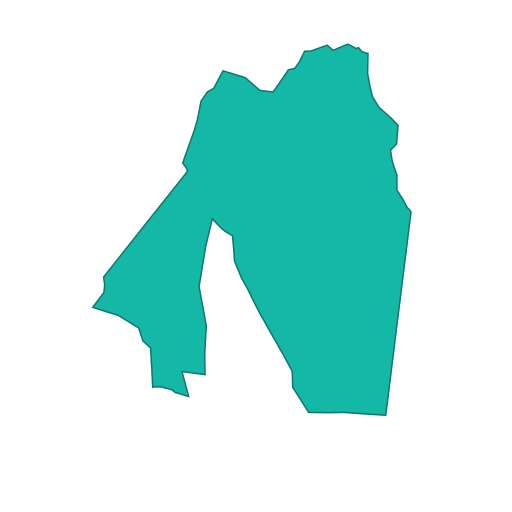 Teotitlán del Valle, Oaxaca, Mexico, rotated 345°
{"feature_id": "50627088B43819232792449", "entity_name": "Teotitlán del Valle", "entity_type": "district", "adm_level": 2, "iso_a3": "MEX", "parent_name": "Mexico", "parent_adm1": "Oaxaca", "projection": "robinson", "projection_center": [-96.539, 17.051], "detail": "fine", "context": "isolated", "style": "filled", "palette": "teal", "viewbox_px": 512, "rotation_deg": 345, "n_neighbors": 0, "source": "geoboundaries", "source_scale": "gbopen_adm2", "svg_char_len": 2257}
<svg xmlns="http://www.w3.org/2000/svg" viewBox="0 0 512 512"><g transform="rotate(345 256 256)"><path d="M416.6,89.3L415.0,88.5L411.2,86.0L409.0,81.3L406.5,81.5L399.4,75.1L383.7,77.3L379.3,70.8L361.9,72.2L356.0,70.8L351.6,75.8L348.0,79.8L342.3,84.6L341.5,84.8L335.4,84.6L324.9,93.7L314.9,102.0L302.6,97.1L291.7,80.9L272.1,68.6L258.5,83.1L251.4,85.0L243.0,92.2L234.7,109.1L229.1,118.4L209.3,147.1L211.7,153.8L211.9,156.4L181.9,178.6L161.7,193.5L149.3,202.7L124.6,221.1L107.9,233.5L103.4,236.8L102.3,245.1L99.5,252.0L85.0,263.3L96.0,270.4L107.9,278.0L124.0,295.1L124.8,308.8L130.4,317.6L128.6,326.1L127.2,332.6L125.9,339.5L125.7,340.2L125.6,340.6L125.5,341.2L125.3,341.8L125.2,342.2L125.2,342.6L125.0,343.3L124.9,343.8L124.8,344.4L124.6,345.0L124.5,345.6L124.4,346.3L124.3,346.9L124.2,347.3L124.1,347.6L122.1,356.8L122.4,356.3L123.3,355.6L123.6,355.9L124.5,356.3L125.2,356.6L125.9,356.8L126.6,356.9L127.2,357.0L127.7,357.0L128.1,357.2L128.5,357.3L129.0,357.3L129.4,357.5L130.2,357.9L131.3,358.3L132.7,359.1L133.5,359.7L133.9,360.1L134.6,360.5L135.2,360.8L136.8,361.4L138.3,362.3L139.3,362.9L140.4,363.8L141.0,364.6L141.4,365.1L142.1,366.0L142.5,366.8L142.9,367.1L143.3,367.4L143.6,367.6L143.9,367.6L150.1,371.5L154.6,374.3L154.6,348.5L176.1,357.4L180.6,339.2L184.5,326.9L189.9,310.7L190.6,302.1L191.3,293.4L193.1,270.8L209.9,233.7L223.4,208.8L227.5,216.5L230.2,220.9L232.8,224.5L238.6,230.4L237.5,236.1L236.4,242.9L233.9,255.3L236.3,273.4L239.0,283.9L240.2,289.9L241.6,297.0L243.6,306.6L244.6,311.5L245.9,316.6L247.0,320.5L248.1,325.1L248.9,328.3L249.5,330.7L249.9,332.3L252.7,342.7L253.7,346.3L254.0,347.7L256.0,355.5L256.3,356.4L256.5,357.2L257.5,361.4L258.7,366.5L259.7,370.6L260.3,373.1L261.2,376.6L261.0,377.4L258.9,386.4L257.5,392.3L260.2,400.9L263.5,411.5L266.2,420.1L266.4,420.6L266.5,420.8L271.0,422.0L274.1,422.9L278.4,424.1L286.2,426.3L300.0,429.7L311.2,433.6L313.6,434.4L316.0,435.2L320.3,436.7L327.9,439.3L334.8,441.6L340.1,443.4L345.5,430.1L356.8,402.3L365.4,381.1L372.8,362.7L386.4,329.3L403.0,288.4L417.2,253.4L414.4,247.6L412.5,239.1L409.2,228.9L413.0,214.4L412.1,199.9L413.3,188.6L420.8,184.2L427.0,166.7L422.6,158.5L413.2,144.1L409.8,132.4L409.9,123.7L411.0,108.8L416.6,89.3Z" fill="#14b8a6" stroke="#0f766e" stroke-width="1.5"/></g></svg>